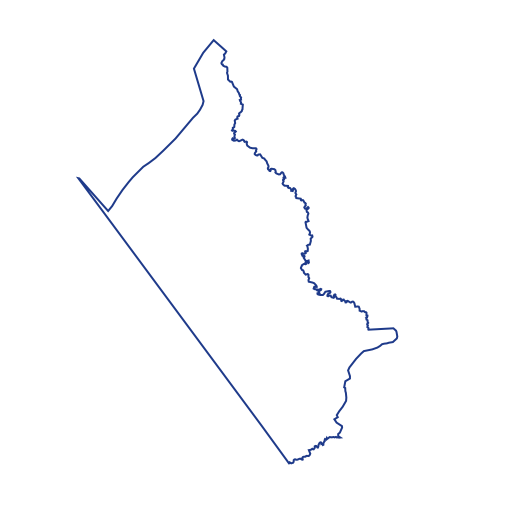 25 de Mayo, San Juan, Argentina (Natural Earth projection), rotated 222°
{"feature_id": "61730980B22681975457322", "entity_name": "25 de Mayo", "entity_type": "district", "adm_level": 2, "iso_a3": "ARG", "parent_name": "Argentina", "parent_adm1": "San Juan", "projection": "natural_earth1", "projection_center": [-67.911, -32.038], "detail": "fine", "context": "isolated", "style": "outline", "palette": "blue", "viewbox_px": 512, "rotation_deg": 222, "n_neighbors": 0, "source": "geoboundaries", "source_scale": "gbopen_adm2", "svg_char_len": 6082}
<svg xmlns="http://www.w3.org/2000/svg" viewBox="0 0 512 512"><g transform="rotate(222 256 256)"><path d="M415.0,388.2L431.9,388.1L431.2,371.7L427.5,353.7L398.6,336.0L396.8,332.6L395.5,327.3L394.9,322.5L395.3,316.6L394.4,289.4L395.4,272.0L396.3,261.5L397.8,253.7L399.5,246.9L400.3,232.0L400.1,225.8L399.4,215.8L398.0,205.5L396.3,196.8L396.0,190.5L439.2,195.4L440.1,194.9L138.1,133.6L91.9,123.8L93.0,124.6L93.0,125.2L91.1,125.5L90.1,127.2L90.3,128.2L91.4,129.6L91.3,130.5L90.9,131.1L89.9,131.4L88.9,132.4L88.0,134.4L87.5,135.0L85.7,135.4L85.1,135.8L85.3,136.3L86.3,136.7L86.6,137.1L86.6,138.1L86.1,138.9L84.9,140.0L84.9,141.0L84.7,141.3L83.0,142.6L82.9,143.9L83.4,145.4L86.8,147.1L85.6,148.6L85.2,150.4L84.3,150.5L83.8,150.9L84.0,152.9L85.0,153.8L84.8,154.6L84.1,155.1L82.1,154.8L81.8,155.1L82.3,156.3L83.2,157.6L83.7,159.7L83.5,160.6L82.8,161.0L82.1,160.8L81.5,160.0L80.6,161.2L80.4,160.6L79.8,160.3L79.6,160.8L80.6,161.9L81.1,163.7L81.0,164.3L81.7,164.9L82.2,166.1L81.1,166.4L81.6,168.0L80.7,167.6L80.1,170.7L78.4,171.9L77.2,173.4L76.2,173.8L75.5,175.1L74.5,175.2L73.8,176.0L72.7,176.6L71.9,177.5L74.3,177.1L75.8,178.7L75.5,180.9L77.2,186.1L78.3,187.1L84.6,186.1L88.5,187.1L87.4,190.9L89.5,191.8L90.3,196.5L90.7,201.9L92.1,208.6L94.1,211.2L97.6,214.4L99.2,215.4L101.4,217.6L102.6,217.4L105.8,222.7L104.2,227.8L105.8,229.6L111.0,232.6L112.0,235.7L112.8,246.7L112.6,254.0L112.2,257.5L107.1,264.4L104.5,269.2L103.6,272.3L103.3,274.8L102.0,276.7L100.3,278.6L99.2,280.5L96.7,283.6L96.2,289.0L97.1,290.7L100.8,293.6L102.0,294.2L105.5,294.2L123.1,276.5L123.5,276.7L123.7,277.2L124.4,277.8L125.7,277.7L126.4,279.2L126.9,279.2L127.8,279.7L127.9,280.1L127.7,280.6L128.1,281.0L128.0,281.4L128.8,281.6L130.1,282.9L131.4,282.7L132.2,283.6L132.7,283.7L132.4,284.7L133.0,286.0L133.3,286.3L134.1,285.7L136.0,287.8L136.7,287.8L137.5,287.2L138.7,287.3L139.9,286.3L140.3,285.4L142.4,284.7L143.7,286.1L145.7,287.1L146.6,286.6L148.3,284.7L151.4,286.8L152.5,287.1L153.5,287.0L154.1,286.1L154.3,284.9L154.7,284.6L157.9,284.0L158.3,283.4L157.8,282.4L158.0,281.7L158.4,281.4L158.9,281.7L159.1,282.2L160.8,282.0L161.7,282.3L162.1,281.9L162.1,279.9L162.5,279.7L164.2,280.9L164.7,280.9L165.3,279.9L167.2,278.5L168.4,279.1L170.1,279.3L171.0,280.4L171.5,280.4L171.9,279.7L171.6,278.4L170.6,278.0L170.3,277.5L170.3,276.9L172.3,275.9L174.0,276.5L175.0,275.7L175.5,274.3L176.2,274.1L176.7,274.7L177.1,276.4L176.3,278.2L176.5,279.0L177.4,279.5L178.1,279.1L180.5,275.9L180.4,274.6L180.1,273.8L180.2,271.8L182.2,270.0L184.0,269.0L184.8,268.9L185.4,269.4L185.2,269.8L183.6,269.9L183.5,270.3L183.6,270.7L185.1,271.2L185.5,271.6L185.6,272.0L185.0,274.3L185.3,275.0L185.9,274.9L186.8,272.9L187.2,272.6L187.4,271.4L187.9,271.4L188.1,272.0L190.4,270.5L190.9,271.2L191.5,270.7L192.1,272.1L191.6,272.8L190.2,273.6L190.5,274.0L191.6,274.4L194.5,274.7L196.2,274.1L199.6,272.2L200.9,273.2L201.6,275.1L202.9,275.4L204.5,277.2L205.0,277.3L205.6,277.1L206.6,275.4L209.2,275.6L210.1,276.4L211.3,276.9L212.3,276.4L214.5,277.0L214.9,277.6L215.2,279.0L215.7,279.7L215.2,281.9L214.8,282.4L213.7,283.0L213.5,283.6L214.7,283.9L214.7,284.6L214.0,285.5L212.3,285.8L212.3,286.5L213.9,287.8L214.5,286.7L215.8,285.5L216.7,285.9L219.4,286.6L219.4,287.6L219.7,288.3L220.3,288.5L221.1,287.4L221.6,287.2L223.5,288.1L223.7,288.4L223.5,289.0L222.4,289.2L222.3,289.7L221.1,290.8L221.0,291.6L222.6,292.3L222.4,292.8L221.1,293.8L220.9,294.3L222.3,296.1L224.4,297.7L225.0,297.8L224.7,299.2L223.6,300.5L225.3,303.9L227.0,305.5L226.8,307.8L227.0,308.2L228.0,308.9L228.8,308.1L230.7,307.6L231.3,309.3L232.4,310.2L233.3,310.5L235.0,310.5L237.3,310.8L241.8,314.2L241.9,314.7L241.2,315.3L240.3,317.1L242.5,318.2L243.5,318.9L244.7,320.7L245.4,322.5L246.1,322.9L246.9,323.1L247.7,322.8L249.5,324.1L249.0,325.5L248.9,326.8L249.3,327.2L250.1,327.2L250.2,325.4L250.7,324.6L251.4,324.0L252.6,324.4L252.9,325.4L252.8,326.8L253.6,327.3L254.0,328.2L254.9,328.4L255.6,328.1L258.2,329.0L259.0,328.5L259.5,327.6L260.0,327.6L260.3,328.2L261.1,328.5L264.8,326.0L265.6,326.6L266.2,326.6L266.7,327.0L267.2,328.7L268.9,329.2L269.6,330.8L270.3,331.4L271.9,331.9L273.3,331.7L273.5,331.1L273.4,330.4L272.8,330.1L272.2,328.8L273.5,328.0L274.1,328.9L276.2,329.3L276.8,329.0L277.1,328.5L277.9,328.3L278.5,328.5L278.7,329.2L279.1,329.5L281.9,327.3L283.9,327.3L284.7,327.6L285.4,329.9L286.6,330.4L286.9,330.8L286.4,331.6L286.6,332.2L286.8,332.5L287.6,332.3L288.1,332.7L288.1,333.5L286.8,333.4L286.5,333.8L287.6,334.4L289.7,334.9L291.0,335.8L292.1,335.9L292.5,335.8L292.9,335.3L292.8,332.8L293.6,331.9L296.1,331.0L296.8,331.0L297.5,331.1L297.7,331.8L299.1,332.8L300.4,332.8L302.9,331.2L303.3,330.4L302.3,329.3L302.2,328.7L302.6,328.4L303.2,328.3L303.9,328.7L305.0,328.5L306.0,329.2L306.3,330.6L307.2,331.4L309.8,332.4L311.4,333.4L314.1,333.7L315.0,334.0L317.0,333.2L320.9,334.3L321.9,333.3L322.2,332.7L322.1,331.8L322.4,331.4L323.6,330.9L325.0,330.8L325.6,331.4L325.8,332.3L325.8,333.8L326.5,334.2L327.0,335.6L327.5,336.0L328.2,336.0L330.6,333.8L332.9,332.5L336.4,332.2L338.1,333.2L338.8,334.6L339.2,334.7L339.7,334.6L340.8,333.2L341.5,333.3L342.1,333.8L343.3,333.7L343.9,333.4L345.2,330.2L345.9,329.7L348.0,329.7L348.3,328.4L349.5,326.9L351.2,326.4L351.9,326.8L352.1,327.9L351.1,328.4L350.6,329.0L350.6,329.5L352.1,330.4L352.9,332.1L354.0,332.2L354.5,332.6L354.3,335.0L355.1,335.1L356.5,334.3L357.1,333.4L357.8,333.2L358.2,334.9L359.0,335.8L358.5,336.8L358.5,337.4L360.0,339.2L360.4,340.8L362.4,342.4L362.6,343.6L361.6,345.7L362.2,345.9L363.0,347.0L363.1,347.5L362.3,348.6L362.7,349.7L363.8,350.3L364.0,351.4L363.6,352.2L363.5,354.2L364.0,354.9L364.1,355.8L367.1,359.7L369.1,359.0L369.9,360.2L371.3,360.5L372.4,361.1L371.7,362.2L372.8,363.1L373.1,363.8L374.9,364.0L375.6,364.9L376.1,364.7L378.1,365.8L379.7,366.1L381.7,367.3L385.8,367.1L390.4,369.3L391.2,369.0L391.7,368.3L394.9,368.4L397.5,371.2L400.1,372.7L400.6,373.9L403.3,376.7L404.5,376.9L405.8,376.0L407.5,375.5L408.2,375.6L408.7,376.0L409.1,375.7L409.8,375.7L410.8,376.2L411.4,378.2L411.2,380.4L411.5,380.9L411.4,381.2L412.2,382.4L414.6,384.2L414.4,385.9L415.0,388.2Z" fill="none" stroke="#1e3a8a" stroke-width="2"/></g></svg>